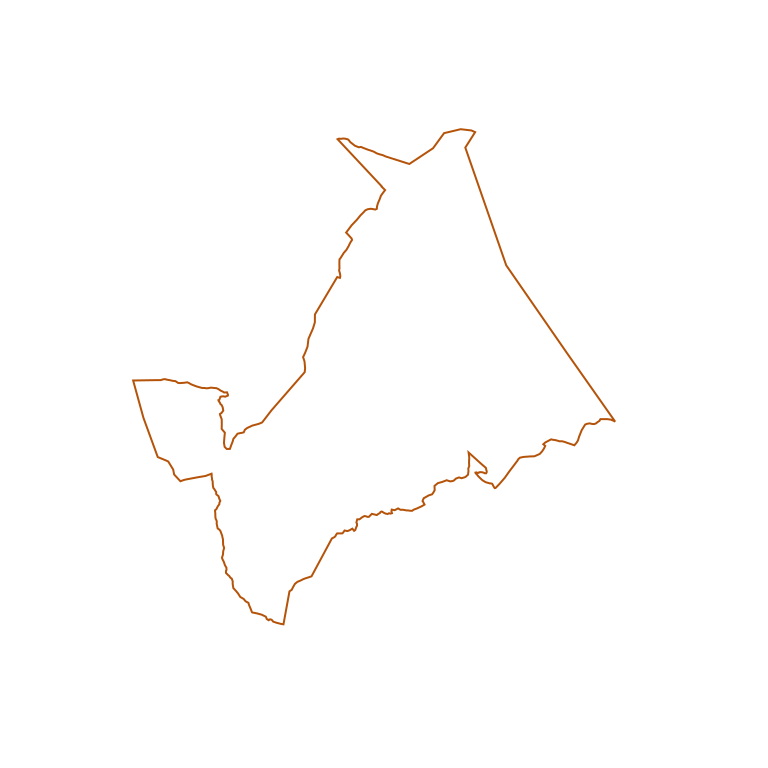 Santo Domingo Ozolotepec, Oaxaca, Mexico, rotated 300°
{"feature_id": "50627088B93976403698090", "entity_name": "Santo Domingo Ozolotepec", "entity_type": "district", "adm_level": 2, "iso_a3": "MEX", "parent_name": "Mexico", "parent_adm1": "Oaxaca", "projection": "orthographic", "projection_center": [-96.329, 16.176], "detail": "fine", "context": "isolated", "style": "outline", "palette": "amber", "viewbox_px": 768, "rotation_deg": 300, "n_neighbors": 0, "source": "geoboundaries", "source_scale": "gbopen_adm2", "svg_char_len": 5338}
<svg xmlns="http://www.w3.org/2000/svg" viewBox="0 0 768 768"><g transform="rotate(300 384 384)"><path d="M572.8,221.4L554.0,283.3L553.7,283.3L552.5,288.0L548.7,287.5L545.5,287.2L542.2,287.8L537.3,288.4L534.2,289.2L532.1,290.2L530.7,289.2L530.1,287.4L529.2,285.0L527.2,282.5L525.1,281.0L521.9,280.3L518.3,279.3L512.7,278.4L505.3,276.6L496.2,275.5L495.3,278.6L493.8,283.2L492.8,284.3L489.7,284.1L485.5,284.4L481.5,284.4L477.5,283.6L474.1,283.5L471.3,283.4L469.8,283.1L467.8,284.1L465.2,285.6L461.9,287.6L459.8,288.4L458.0,290.3L456.7,291.4L455.3,292.4L453.9,292.8L453.2,290.0L409.7,289.4L402.8,293.3L396.7,294.7L385.3,296.0L378.1,299.1L371.6,300.1L366.8,300.5L363.9,303.8L358.2,307.8L354.6,309.4L304.9,299.7L289.8,297.7L286.9,295.5L282.2,290.8L279.9,289.2L277.5,287.5L274.8,286.4L272.0,286.7L270.7,285.4L269.3,283.7L267.7,282.0L264.5,281.6L261.2,281.0L258.5,281.7L254.5,282.3L253.0,282.6L250.7,283.0L249.1,280.2L249.9,277.4L252.9,274.9L257.9,272.5L262.3,270.5L263.9,265.9L268.1,263.6L272.3,261.1L274.9,257.9L276.0,256.9L277.8,257.8L280.6,258.1L283.2,255.9L284.6,253.9L284.9,252.2L285.7,251.4L286.6,249.3L287.2,248.7L287.9,249.3L291.2,248.7L292.9,250.8L293.6,252.8L295.9,254.6L296.6,254.3L298.3,252.2L296.7,249.8L296.8,248.4L296.6,245.8L296.8,243.1L296.6,240.9L295.8,239.3L294.3,235.9L292.7,234.1L291.6,232.6L290.9,230.8L289.6,228.4L288.6,224.6L288.1,222.5L287.3,217.3L287.3,214.7L287.1,212.8L285.2,210.4L282.8,206.9L282.0,205.2L282.2,201.9L281.1,199.5L280.3,196.8L279.3,194.1L278.7,191.9L277.6,190.4L275.8,188.8L273.4,184.7L271.5,181.5L261.6,165.0L234.5,192.5L207.6,224.6L208.7,232.7L209.0,235.9L204.5,244.2L200.7,247.5L198.0,256.3L200.6,258.5L202.1,260.0L210.5,269.8L215.1,275.4L220.1,279.5L219.1,280.3L218.1,280.7L216.4,282.1L215.1,283.0L214.5,283.8L214.0,284.3L211.0,286.2L208.7,288.1L208.0,289.9L207.4,290.9L206.6,292.5L205.9,293.1L204.9,293.6L204.5,294.2L204.4,295.6L204.1,296.8L202.2,298.8L201.4,300.0L200.9,300.7L200.6,300.7L199.0,300.8L197.5,301.5L195.0,301.2L191.8,301.4L190.1,300.8L187.7,302.5L184.5,304.5L183.3,305.4L182.0,307.3L180.9,308.2L179.4,308.9L175.7,312.2L175.6,314.1L175.0,315.7L171.7,319.7L170.5,320.7L169.1,322.1L164.3,325.1L162.1,327.5L158.7,328.4L156.7,329.4L155.8,329.8L152.4,330.6L151.1,332.3L149.9,334.2L147.5,336.9L146.2,339.3L144.2,340.6L143.1,340.6L141.3,341.7L140.9,343.5L140.5,344.6L140.4,345.9L139.5,347.7L139.3,349.5L137.4,351.7L135.2,352.9L131.9,355.6L130.8,359.2L129.6,362.4L127.7,366.0L127.7,369.9L126.6,372.8L126.7,376.0L125.3,377.4L122.8,380.7L120.4,383.7L120.3,384.3L120.8,385.6L121.8,388.6L123.1,393.5L123.2,395.5L123.4,397.6L123.2,398.3L122.8,398.9L122.2,399.5L121.9,399.9L121.7,402.2L121.9,402.4L122.2,402.4L122.5,402.3L123.3,403.1L123.6,404.5L123.3,405.7L122.9,406.5L122.8,407.0L123.5,410.3L124.6,414.3L125.6,417.1L157.2,405.8L159.7,407.0L162.5,406.8L166.4,406.8L169.5,408.0L171.5,409.6L174.4,411.5L176.4,413.1L178.9,415.4L181.2,417.4L224.2,416.1L226.2,417.4L227.7,418.0L229.4,417.9L231.2,418.1L232.2,419.9L232.6,420.6L233.9,422.7L235.8,423.0L237.4,423.1L238.3,425.8L240.1,427.3L242.9,428.9L241.9,431.5L243.2,432.1L246.5,431.5L247.7,431.5L249.4,430.6L250.3,429.3L253.4,428.5L254.5,430.4L257.7,431.7L259.9,433.1L260.4,434.5L260.7,436.2L261.4,437.3L265.5,438.4L265.9,439.9L266.3,441.2L266.9,443.3L268.6,444.0L270.3,445.0L271.5,445.0L272.5,445.9L272.4,448.0L272.5,449.9L273.2,452.1L274.6,453.0L274.9,454.3L276.1,455.5L277.6,454.0L279.1,453.5L279.5,454.7L280.1,456.4L283.3,458.4L283.3,461.2L284.4,462.9L284.9,464.2L285.7,466.5L286.7,468.4L287.2,469.8L288.2,471.7L290.1,472.6L292.5,474.6L296.7,477.6L299.8,479.4L301.4,477.0L301.9,475.9L304.9,475.5L310.0,478.5L312.5,480.8L314.6,481.0L317.3,481.0L321.0,478.7L325.1,480.2L328.3,483.4L332.0,486.4L332.7,489.9L334.2,491.9L335.4,492.8L338.1,493.6L340.6,495.7L341.2,498.3L344.1,501.0L347.5,502.1L350.8,500.7L352.9,499.3L355.6,498.8L358.5,496.9L363.1,494.5L367.0,491.5L363.3,508.9L362.3,514.2L361.5,514.9L360.6,515.7L359.8,516.6L358.7,517.1L357.8,517.1L357.1,515.9L357.0,514.5L356.6,513.0L356.0,511.8L355.2,510.6L354.4,510.4L353.8,509.3L353.6,508.1L353.0,507.5L352.5,508.0L352.1,509.7L351.2,511.9L350.8,513.5L350.4,515.0L349.9,517.2L349.8,519.1L349.8,521.2L350.4,523.5L350.8,525.3L351.4,526.4L351.7,527.6L351.1,528.6L350.8,529.0L350.4,529.7L350.0,530.3L349.6,531.0L349.2,531.9L349.7,532.6L354.9,533.9L363.2,535.5L370.8,536.2L377.8,537.1L384.3,537.9L386.1,537.9L388.2,538.6L390.6,541.3L394.1,546.4L396.6,550.4L401.2,553.8L404.6,554.6L408.1,554.8L411.0,554.6L411.5,552.1L414.0,552.9L419.6,556.4L420.2,558.3L421.1,560.5L421.7,562.7L422.2,564.8L423.5,566.9L424.2,569.6L424.7,572.5L425.1,574.3L426.1,579.5L429.3,580.1L432.1,580.2L435.9,579.3L439.3,578.8L442.9,578.3L447.2,578.4L449.5,578.5L451.1,579.8L452.8,581.9L453.4,584.1L454.4,586.1L455.9,587.3L458.0,588.1L459.7,589.0L461.8,589.0L462.9,590.9L464.0,592.9L465.1,594.7L465.9,596.6L466.6,598.4L466.9,600.8L467.0,603.0L502.4,526.7L547.9,430.5L629.4,336.2L647.7,337.0L647.3,333.0L643.0,323.0L635.7,315.3L631.3,310.6L612.7,308.6L587.2,295.9L581.9,271.8L581.6,268.6L580.8,265.7L580.1,262.3L580.1,259.0L579.5,255.7L579.0,253.6L578.7,251.8L578.1,248.1L577.8,245.5L576.4,243.8L576.1,241.6L575.8,239.8L576.2,236.8L576.5,234.6L576.9,233.1L577.5,231.8L577.8,230.3L577.4,229.0L577.0,227.6L576.6,226.7L575.9,225.5L574.8,224.2L574.2,222.7L573.7,222.1L572.8,221.4Z" fill="none" stroke="#b45309" stroke-width="2"/></g></svg>